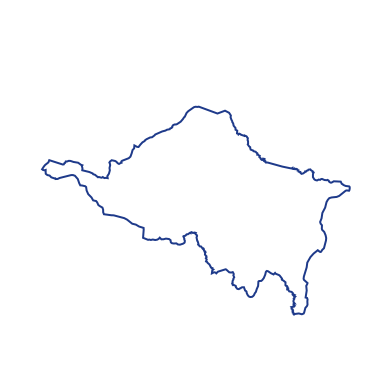 outline of Sucua, Morona Santiago, Ecuador, rotated 17°
{"feature_id": "8360857B23495862214977", "entity_name": "Sucua", "entity_type": "district", "adm_level": 2, "iso_a3": "ECU", "parent_name": "Ecuador", "parent_adm1": "Morona Santiago", "projection": "mercator", "projection_center": [-78.202, -2.485], "detail": "fine", "context": "isolated", "style": "outline", "palette": "blue", "viewbox_px": 384, "rotation_deg": 17, "n_neighbors": 0, "source": "geoboundaries", "source_scale": "gbopen_adm2", "svg_char_len": 6100}
<svg xmlns="http://www.w3.org/2000/svg" viewBox="0 0 384 384"><g transform="rotate(17 192 192)"><path d="M42.0,214.1L43.1,214.5L44.6,214.4L45.6,213.7L46.6,216.9L46.9,217.4L48.8,218.1L51.0,217.9L53.1,219.1L56.2,219.2L57.3,218.9L57.7,219.5L59.7,218.8L61.3,217.3L71.4,211.2L73.2,210.6L75.3,210.7L79.0,213.0L81.6,216.6L83.2,218.3L85.1,217.9L88.2,217.7L89.3,218.2L90.8,221.4L93.4,224.4L97.5,226.6L99.9,228.9L103.0,228.7L104.4,229.7L106.2,231.8L107.8,232.4L110.9,233.1L112.2,234.9L113.0,237.4L114.3,239.0L121.8,237.8L123.9,237.2L134.8,236.8L138.0,237.4L144.1,239.8L147.9,239.6L151.5,240.5L156.2,240.5L156.8,242.1L158.6,250.1L164.0,250.6L165.0,250.0L166.7,249.9L168.4,248.9L170.8,248.7L172.6,247.8L173.8,246.6L174.5,245.1L176.6,246.2L178.6,245.5L180.7,244.2L183.8,243.7L185.5,244.3L186.5,246.3L187.6,246.8L189.1,246.7L192.2,245.7L193.8,246.3L195.9,245.9L198.6,244.0L199.6,242.8L199.7,242.1L199.4,240.7L198.5,239.7L198.4,239.0L196.7,236.9L196.8,236.7L198.5,235.7L199.2,234.1L200.4,233.6L202.1,231.5L202.8,231.7L202.8,231.0L203.4,230.5L204.7,230.9L206.4,230.0L207.3,230.0L207.0,230.6L207.6,230.6L208.0,231.4L208.9,231.6L209.7,232.5L209.6,234.1L211.3,237.2L211.8,237.4L213.2,239.5L213.2,240.5L214.0,240.7L215.2,241.7L216.7,241.5L218.8,243.1L219.4,242.6L220.1,243.2L220.0,243.7L220.8,244.7L222.1,245.0L222.3,245.3L221.6,245.5L222.5,246.9L222.7,248.1L224.6,249.2L224.5,249.8L225.0,250.4L224.6,251.3L225.8,252.2L225.7,254.3L226.9,254.5L227.6,255.2L229.9,256.2L231.1,257.5L231.7,257.9L232.0,258.5L233.1,259.1L233.8,258.8L234.2,259.8L235.0,259.9L234.3,261.1L234.8,264.0L236.6,262.3L238.1,262.2L239.0,262.7L240.1,260.6L246.7,256.1L247.3,256.1L251.1,257.9L253.0,257.6L254.4,256.7L255.7,257.9L256.0,258.7L255.9,259.6L257.3,261.2L256.9,262.7L257.2,263.7L256.9,264.5L256.9,265.6L257.3,266.6L257.1,267.5L257.6,267.7L257.8,268.7L258.4,269.1L259.0,268.7L261.1,269.0L261.5,269.2L261.8,270.2L263.7,271.4L265.2,271.2L266.1,270.1L266.6,269.9L266.8,269.4L267.7,268.5L269.5,267.9L271.6,270.7L272.8,271.0L273.3,271.4L273.9,272.7L275.3,274.2L276.7,275.2L277.7,275.4L278.5,275.4L280.1,274.7L281.0,273.5L281.5,272.2L281.6,270.7L282.3,268.8L282.3,265.9L282.7,262.6L281.7,258.2L282.2,257.5L284.2,256.8L284.9,255.8L285.8,253.4L286.2,249.6L286.0,246.9L286.4,245.9L286.7,245.6L288.1,245.6L291.2,246.6L294.1,247.0L295.1,245.1L296.0,245.7L299.4,246.0L300.3,246.3L303.4,248.5L303.4,249.3L303.8,249.7L305.1,249.9L307.8,251.0L308.6,253.8L309.1,254.2L310.2,254.1L310.9,254.6L310.9,255.3L311.9,255.8L311.3,256.5L311.5,257.4L312.6,257.3L314.0,258.6L316.5,258.4L318.1,259.3L318.0,260.4L318.4,260.9L319.1,261.0L319.7,260.4L320.4,260.5L319.8,261.7L320.6,262.2L321.2,262.1L320.5,263.8L321.0,263.9L321.1,264.4L320.8,265.2L320.9,266.8L321.5,267.7L322.8,268.6L321.8,268.9L322.0,270.0L323.3,270.7L322.8,271.1L323.2,271.4L323.1,271.8L320.7,273.0L321.2,273.4L321.3,274.5L322.7,274.9L322.8,276.2L323.3,276.2L323.3,276.8L323.7,277.1L323.6,277.9L324.7,278.2L324.9,279.2L325.4,279.4L326.2,278.5L329.7,276.9L332.8,276.8L334.3,275.6L334.5,274.5L334.3,269.7L335.3,267.4L335.4,266.0L334.3,262.9L333.9,260.9L333.0,259.7L331.5,259.7L330.5,252.7L328.7,248.4L329.1,246.4L329.1,245.3L324.8,243.3L324.1,242.4L323.7,240.1L323.7,230.6L322.9,225.8L324.3,219.6L326.3,215.3L329.3,210.9L331.6,211.8L332.4,211.8L332.9,211.4L333.5,209.2L334.6,207.3L334.6,206.3L334.3,199.2L333.8,196.8L332.4,194.3L330.1,191.5L327.5,190.1L326.9,189.2L326.0,185.8L324.3,184.7L323.3,183.2L323.6,179.3L322.8,173.9L323.9,168.0L323.6,162.3L324.2,159.7L325.1,157.7L327.1,156.4L331.8,154.4L333.9,152.7L338.6,145.8L339.6,145.2L341.8,144.9L342.0,144.0L341.7,142.1L341.3,141.1L340.7,140.7L337.2,141.3L334.6,141.0L333.8,140.5L332.8,140.4L331.2,138.6L324.5,140.3L322.7,142.2L321.9,142.5L320.7,142.3L319.8,141.8L319.5,141.2L318.1,140.8L317.5,141.3L315.2,141.8L312.5,141.5L311.7,141.9L311.0,142.9L309.5,143.1L308.2,144.4L306.4,144.5L305.2,144.1L303.3,142.4L302.4,139.4L302.6,137.8L301.6,137.7L301.5,137.0L299.2,136.3L298.6,135.8L296.8,136.6L296.5,137.5L295.4,138.2L295.1,139.1L294.2,139.3L294.3,139.9L292.8,141.8L291.4,142.6L290.9,142.2L290.4,142.2L289.8,141.2L289.3,141.5L287.9,141.3L287.5,140.2L286.7,140.4L286.7,140.1L286.1,139.5L284.9,139.4L284.1,140.0L283.6,139.6L283.1,139.5L282.8,140.2L282.2,140.4L281.5,140.4L281.1,139.5L280.2,140.4L278.6,140.6L270.9,141.3L255.8,141.7L254.0,142.2L253.4,141.4L253.1,141.7L252.7,141.6L252.3,140.6L251.5,141.1L251.1,140.6L251.4,139.2L250.5,139.3L250.7,139.8L250.6,140.0L249.4,140.2L249.7,140.8L249.2,140.9L248.0,140.2L247.4,139.4L246.3,139.0L246.2,137.6L245.1,137.5L244.4,137.0L243.5,137.2L243.4,136.3L243.1,135.8L242.5,135.8L241.1,134.9L238.9,135.0L238.5,134.5L235.7,134.3L235.0,133.3L234.5,132.1L233.3,131.7L231.4,130.2L231.5,129.3L230.7,126.9L230.2,126.5L229.8,125.3L229.7,124.2L228.8,123.7L228.2,123.0L226.8,122.6L225.9,123.1L225.4,122.6L224.8,123.0L222.0,122.9L221.6,122.6L220.3,122.4L219.6,123.4L219.1,122.8L217.9,122.8L217.3,120.1L215.4,119.7L214.9,118.1L212.4,116.4L211.3,114.3L210.2,113.5L209.8,112.6L208.5,111.3L207.0,109.2L206.8,107.5L204.3,105.4L199.8,104.6L193.4,109.5L173.5,108.4L172.8,108.9L170.3,109.5L169.0,110.4L164.8,115.8L163.7,118.0L163.1,122.2L162.6,122.8L162.0,124.9L160.6,128.1L157.8,131.5L156.8,132.2L156.0,132.3L154.5,133.4L153.9,135.1L154.2,135.6L153.7,136.8L152.6,137.5L152.3,138.5L149.8,139.8L148.7,141.0L145.8,142.8L140.0,147.8L139.7,148.7L137.8,151.3L136.0,152.1L133.1,154.8L132.0,156.2L131.8,157.1L130.1,159.0L128.8,161.7L127.7,164.6L126.3,164.9L123.3,164.3L123.9,167.2L122.9,169.2L123.0,172.6L122.8,176.2L121.6,178.2L116.0,182.6L115.5,183.5L116.1,184.6L115.3,185.1L114.0,186.5L112.5,186.2L110.9,185.2L109.4,184.8L105.9,185.1L104.6,187.0L104.4,188.1L105.0,188.6L105.9,190.2L106.1,193.2L107.1,195.3L107.2,198.8L106.4,201.6L107.3,203.4L105.7,203.6L104.1,204.3L102.3,203.8L102.0,204.3L101.2,204.8L98.5,204.9L97.8,205.4L94.2,203.9L92.3,203.9L91.6,203.3L88.0,202.9L80.7,203.3L80.3,201.3L79.0,199.3L79.3,198.5L77.7,198.4L74.6,197.3L69.9,197.9L66.7,197.8L64.9,198.3L63.7,199.3L62.3,199.7L62.2,201.2L61.6,201.6L61.3,203.1L60.4,203.5L46.2,203.3L46.0,205.7L43.7,209.0L42.9,210.9L42.0,214.1Z" fill="none" stroke="#1e3a8a" stroke-width="2"/></g></svg>